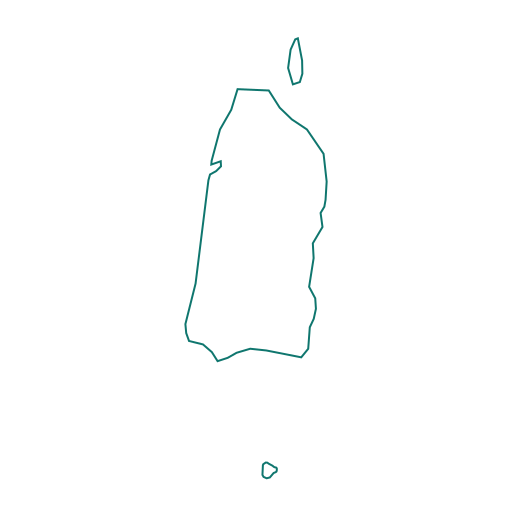 SVG path tracing the border of Puerto Rico, rotated 275°
{"feature_id": "PRI", "entity_name": "Puerto Rico", "entity_type": "country or territory", "adm_level": 0, "iso_a3": "PRI", "parent_name": "North America", "parent_adm1": "", "projection": "equal_earth", "projection_center": [-66.749, 18.235], "detail": "fine", "context": "isolated", "style": "outline", "palette": "teal", "viewbox_px": 512, "rotation_deg": 275, "n_neighbors": 0, "source": "natural_earth", "source_scale": "50m", "svg_char_len": 977}
<svg xmlns="http://www.w3.org/2000/svg" viewBox="0 0 512 512"><g transform="rotate(275 256 256)"><path d="M337.1,208.9L342.3,213.3L347.3,212.6L343.2,203.5L347.0,203.5L378.9,209.1L399.5,218.6L420.6,223.1L422.0,254.3L405.8,266.7L395.2,279.8L386.5,295.7L363.7,314.4L336.3,319.9L318.0,320.4L311.1,319.8L304.5,316.6L290.7,319.7L273.6,311.5L258.9,313.6L229.9,311.6L219.0,318.7L208.6,320.3L198.4,319.0L189.7,315.8L168.1,316.1L159.0,309.9L162.8,274.4L163.1,258.3L157.9,245.1L152.1,236.7L147.9,226.9L156.4,220.4L163.3,210.9L165.5,196.7L173.1,193.2L182.0,191.6L223.2,198.2L327.3,202.0L333.2,203.1L337.1,208.9ZM454.7,284.9L441.6,286.3L433.1,284.5L430.2,277.8L446.1,271.6L464.6,272.5L475.2,276.2L476.5,278.7L454.7,284.9ZM46.3,295.2L44.7,295.4L43.1,295.2L42.4,294.5L41.4,292.5L36.6,289.1L35.5,286.0L36.6,282.8L38.5,281.5L48.2,281.1L49.2,281.4L51.1,283.7L51.1,285.3L50.2,286.8L48.5,290.8L47.8,291.7L47.2,292.8L47.0,294.5L46.3,295.2Z" fill="none" stroke="#0f766e" stroke-width="2"/></g></svg>